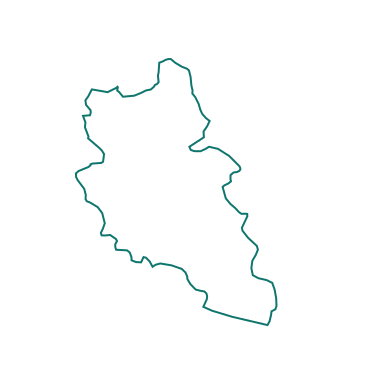 SVG path tracing the border of Belgium, rotated 219°
{"feature_id": "BEL", "entity_name": "Belgium", "entity_type": "country or territory", "adm_level": 0, "iso_a3": "BEL", "parent_name": "Europe", "parent_adm1": "", "projection": "robinson", "projection_center": [4.727, 50.501], "detail": "fine", "context": "isolated", "style": "outline", "palette": "teal", "viewbox_px": 384, "rotation_deg": 219, "n_neighbors": 0, "source": "natural_earth", "source_scale": "50m", "svg_char_len": 2105}
<svg xmlns="http://www.w3.org/2000/svg" viewBox="0 0 384 384"><g transform="rotate(219 192 192)"><path d="M175.6,109.1L181.3,111.4L186.4,112.0L188.7,110.9L187.3,105.3L191.4,102.3L196.0,100.9L198.1,103.3L202.3,105.8L205.7,105.8L214.6,99.4L216.7,100.7L218.7,103.0L219.1,104.8L219.4,106.7L221.5,107.6L228.5,107.1L232.1,103.6L235.0,101.4L237.1,102.9L238.1,107.2L240.1,112.8L248.5,119.1L255.7,120.9L264.5,119.7L267.9,118.6L270.3,119.5L272.6,122.8L277.7,126.6L288.4,129.3L291.6,130.8L293.9,133.4L293.3,137.0L288.3,146.1L287.6,148.8L288.3,149.7L287.3,151.4L280.8,157.5L280.2,159.6L282.4,163.2L284.2,166.1L288.2,167.5L291.9,167.9L299.0,168.1L306.5,168.3L307.4,170.0L315.9,174.9L318.5,178.9L324.6,182.6L319.6,187.4L320.4,189.5L322.2,191.7L329.1,193.0L332.5,196.1L332.8,200.9L334.4,208.7L320.4,216.5L316.4,225.2L316.1,226.9L315.6,226.7L314.0,223.8L311.5,223.8L305.6,222.6L297.5,230.5L293.9,237.0L291.7,241.9L288.5,245.8L287.8,250.0L288.2,251.7L287.1,254.0L287.1,256.4L291.8,261.1L293.0,263.6L298.8,271.9L297.0,274.9L295.6,278.2L294.0,280.5L292.1,282.0L286.1,281.9L278.6,283.0L273.6,284.6L270.9,284.6L265.5,280.5L259.4,274.3L255.5,271.3L253.8,268.8L249.0,267.7L242.2,264.6L237.5,261.3L233.4,259.2L227.7,258.2L223.0,258.3L221.6,252.7L221.1,246.3L217.2,242.0L222.5,225.5L219.4,223.9L215.9,225.2L211.0,229.1L208.7,233.8L207.2,237.9L198.9,241.9L185.8,243.4L171.4,241.9L169.4,240.9L168.5,239.6L168.5,238.2L169.5,236.0L172.0,233.3L172.7,229.4L170.1,226.1L168.4,224.8L169.1,221.6L171.0,217.5L171.4,215.2L161.7,208.3L154.7,206.9L147.9,206.7L142.7,205.9L139.7,206.2L137.5,208.2L135.3,209.7L133.7,207.9L130.7,195.6L128.4,193.7L119.6,191.7L107.7,190.9L104.5,188.7L102.8,183.1L101.8,176.5L97.9,170.1L95.9,168.5L92.4,165.6L86.1,166.8L78.6,170.5L74.2,171.5L72.5,171.9L66.6,168.3L59.9,162.6L54.6,156.6L53.4,153.3L55.1,149.3L53.2,146.2L50.4,140.5L49.6,136.1L82.0,120.4L101.6,112.4L110.9,109.9L113.0,118.0L114.7,120.6L116.9,122.2L119.8,122.5L123.1,120.6L127.8,118.5L135.3,119.4L140.7,121.4L142.7,123.4L146.3,125.3L151.5,125.8L161.8,122.1L171.6,116.5L174.5,112.6L175.6,109.1Z" fill="none" stroke="#0f766e" stroke-width="2"/></g></svg>